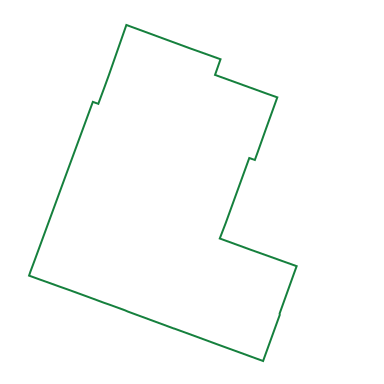 Otero, New Mexico, United States of America, rotated 20°
{"feature_id": "52423323B11196773939758", "entity_name": "Otero", "entity_type": "district", "adm_level": 2, "iso_a3": "USA", "parent_name": "United States of America", "parent_adm1": "New Mexico", "projection": "robinson", "projection_center": [-105.633, 32.696], "detail": "fine", "context": "isolated", "style": "outline", "palette": "green", "viewbox_px": 384, "rotation_deg": 20, "n_neighbors": 0, "source": "geoboundaries", "source_scale": "gbopen_adm2", "svg_char_len": 779}
<svg xmlns="http://www.w3.org/2000/svg" viewBox="0 0 384 384"><g transform="rotate(20 192 192)"><path d="M315.7,225.9L267.3,226.2L234.0,226.2L234.3,209.6L234.2,140.5L240.1,140.4L240.1,132.6L239.9,107.5L239.8,73.9L229.4,74.0L173.6,74.1L173.4,57.5L172.3,57.5L140.3,57.7L73.2,57.5L73.9,110.6L73.9,122.9L73.8,141.2L68.0,141.2L67.7,226.6L67.5,310.8L67.4,322.1L67.5,326.3L75.8,326.3L76.2,326.3L77.9,326.3L95.3,326.2L96.2,326.2L99.3,326.2L108.4,326.1L120.7,326.1L129.2,326.1L145.1,326.2L147.4,326.2L152.7,326.1L169.5,326.1L172.6,326.3L221.8,326.5L222.0,326.4L228.2,326.4L266.7,326.5L267.3,326.5L267.6,326.5L270.1,326.5L270.4,326.5L272.5,326.5L279.0,326.5L305.1,326.5L316.6,326.5L316.5,277.5L315.9,276.2L315.7,232.9L315.7,225.9Z" fill="none" stroke="#15803d" stroke-width="2"/></g></svg>